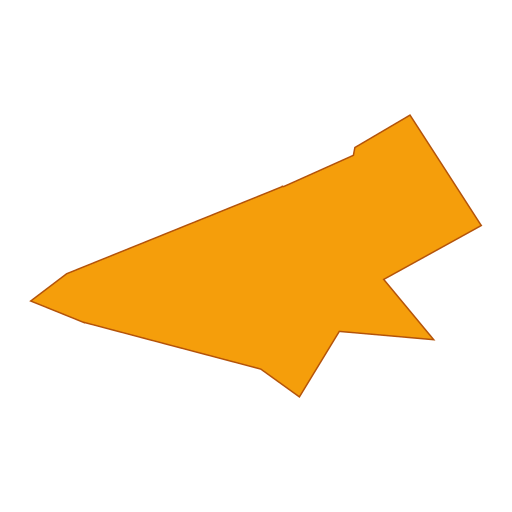 81, Ar Rayyān, Qatar
{"feature_id": "91078587B52698515683272", "entity_name": "81", "entity_type": "district", "adm_level": 2, "iso_a3": "QAT", "parent_name": "Qatar", "parent_adm1": "Ar Rayyān", "projection": "natural_earth1", "projection_center": [51.325, 25.138], "detail": "fine", "context": "isolated", "style": "filled", "palette": "amber", "viewbox_px": 512, "rotation_deg": 0, "n_neighbors": 0, "source": "geoboundaries", "source_scale": "gbopen_adm2", "svg_char_len": 379}
<svg xmlns="http://www.w3.org/2000/svg" viewBox="0 0 512 512"><path d="M30.7,301.0L84.1,322.6L84.1,322.4L168.8,344.8L260.8,369.1L299.4,396.9L339.3,331.4L433.7,339.7L383.7,279.4L481.3,225.5L480.2,223.9L438.7,159.5L410.0,115.1L354.9,147.5L353.4,155.3L283.6,186.6L282.5,186.3L282.5,186.5L199.9,219.9L66.7,273.7L30.7,301.0Z" fill="#f59e0b" stroke="#b45309" stroke-width="1.5"/></svg>